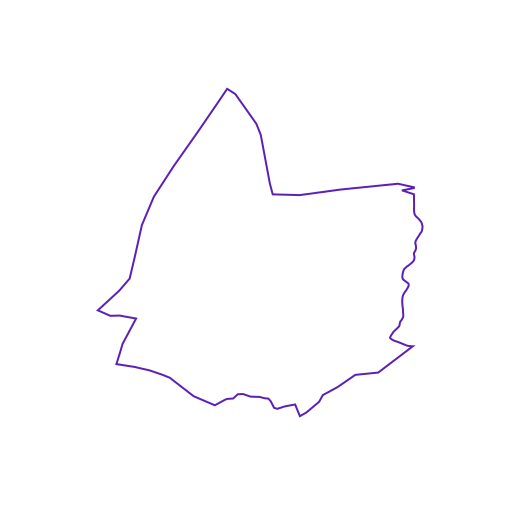 An Nabk, Rif Dimashq, Syria (Albers equal-area conic projection), rotated 155°
{"feature_id": "27442178B81131748986773", "entity_name": "An Nabk", "entity_type": "district", "adm_level": 2, "iso_a3": "SYR", "parent_name": "Syria", "parent_adm1": "Rif Dimashq", "projection": "albers", "projection_center": [36.664, 34.043], "detail": "fine", "context": "isolated", "style": "outline", "palette": "violet", "viewbox_px": 512, "rotation_deg": 155, "n_neighbors": 0, "source": "geoboundaries", "source_scale": "gbopen_adm2", "svg_char_len": 2961}
<svg xmlns="http://www.w3.org/2000/svg" viewBox="0 0 512 512"><g transform="rotate(155 256 256)"><path d="M422.3,273.6L413.4,263.4L404.5,259.5L400.5,256.6L391.1,250.0L414.0,232.8L420.0,226.0L425.2,220.3L426.2,219.2L427.7,217.5L427.9,217.3L428.0,217.3L428.2,217.0L427.9,216.8L425.5,215.2L424.1,214.3L422.4,213.1L417.6,209.9L412.8,206.7L408.9,203.6L404.9,200.5L400.9,197.4L396.1,192.8L391.3,188.2L388.4,185.1L385.5,182.0L383.0,177.0L371.7,155.2L356.4,138.1L344.9,138.8L343.0,138.7L342.7,138.7L336.9,136.5L331.0,138.4L329.3,137.7L326.1,136.4L323.3,133.7L320.6,131.0L316.6,128.9L312.5,126.9L308.1,123.3L305.1,121.6L304.0,117.9L303.8,110.8L301.3,108.5L301.2,108.5L293.4,107.5L285.2,105.4L283.3,104.9L283.9,92.3L282.5,92.4L276.4,92.9L260.4,97.2L254.2,101.7L237.7,102.7L216.2,106.3L194.5,98.7L152.1,107.9L152.3,108.0L154.2,109.0L155.7,110.0L157.3,111.2L160.6,114.8L162.3,116.6L163.2,117.7L165.4,119.7L166.7,121.0L167.7,122.3L168.1,122.9L168.2,123.0L168.6,123.7L169.0,124.5L168.9,124.8L168.9,125.5L168.3,126.0L167.8,126.4L167.1,127.0L166.9,127.1L166.5,127.3L163.4,129.2L161.3,129.9L158.6,130.8L156.0,131.8L155.5,132.3L155.0,132.8L154.5,133.6L154.1,134.3L153.7,134.8L153.0,135.4L153.0,135.5L152.7,135.7L151.8,136.1L150.2,137.1L149.3,137.8L148.7,138.3L148.0,139.1L147.6,139.9L146.8,142.0L145.1,146.3L144.8,147.2L144.7,148.0L143.8,150.2L143.6,150.7L143.5,151.1L143.4,151.3L142.9,152.5L142.7,152.9L142.7,153.0L142.0,154.4L141.1,156.0L139.8,157.8L139.7,157.9L139.2,158.3L138.9,158.6L138.1,159.2L137.2,159.8L136.2,160.5L135.5,160.8L133.7,161.9L132.5,162.7L131.6,163.3L131.1,163.7L131.1,163.8L130.8,164.0L130.6,164.2L130.4,164.3L130.2,164.6L130.0,165.0L129.6,165.8L129.6,166.0L129.6,166.7L129.8,167.4L130.2,167.9L130.9,169.5L131.3,170.0L132.2,171.8L132.4,172.1L132.4,172.3L132.5,172.4L132.7,173.2L132.6,173.9L132.4,174.7L132.1,175.5L131.6,176.3L130.9,177.5L130.4,178.2L130.2,178.4L130.1,178.6L129.2,179.6L128.8,180.1L128.4,180.6L127.6,181.2L127.4,181.3L126.9,181.7L125.8,182.0L125.4,182.1L124.4,182.4L124.0,182.6L123.6,182.7L121.5,183.0L120.5,183.3L119.4,183.6L117.0,184.2L115.9,184.7L114.9,185.2L113.8,186.3L113.4,187.1L113.0,187.5L112.7,188.5L112.5,189.2L112.1,190.8L111.8,191.6L111.3,192.2L110.1,193.0L109.3,193.5L108.6,194.3L107.9,195.0L107.3,196.2L106.9,197.2L106.5,198.9L106.4,199.9L106.0,200.6L105.6,201.3L105.3,201.8L103.0,203.6L99.2,205.9L98.2,206.7L95.9,207.9L95.0,208.7L94.6,209.2L93.6,210.6L92.7,212.2L92.3,213.2L92.3,213.9L91.9,216.1L91.9,217.3L92.1,217.9L92.4,219.2L92.8,220.5L93.4,222.2L94.3,224.5L94.5,225.4L94.6,226.3L94.6,226.5L94.4,227.7L93.9,229.5L93.1,231.5L92.2,233.2L90.7,236.4L90.3,237.4L88.5,241.3L87.6,243.2L86.8,245.2L96.0,253.8L84.3,250.8L83.8,251.5L96.8,261.5L151.3,280.5L190.9,292.8L194.6,294.7L210.0,302.4L214.8,304.8L212.8,315.9L200.5,363.7L199.8,375.6L206.3,411.5L211.5,419.7L223.8,412.3L255.9,393.3L292.5,372.3L323.5,352.9L346.4,332.2L366.1,306.6L380.1,288.9L394.8,282.3L422.3,273.6Z" fill="none" stroke="#5b21b6" stroke-width="2"/></g></svg>